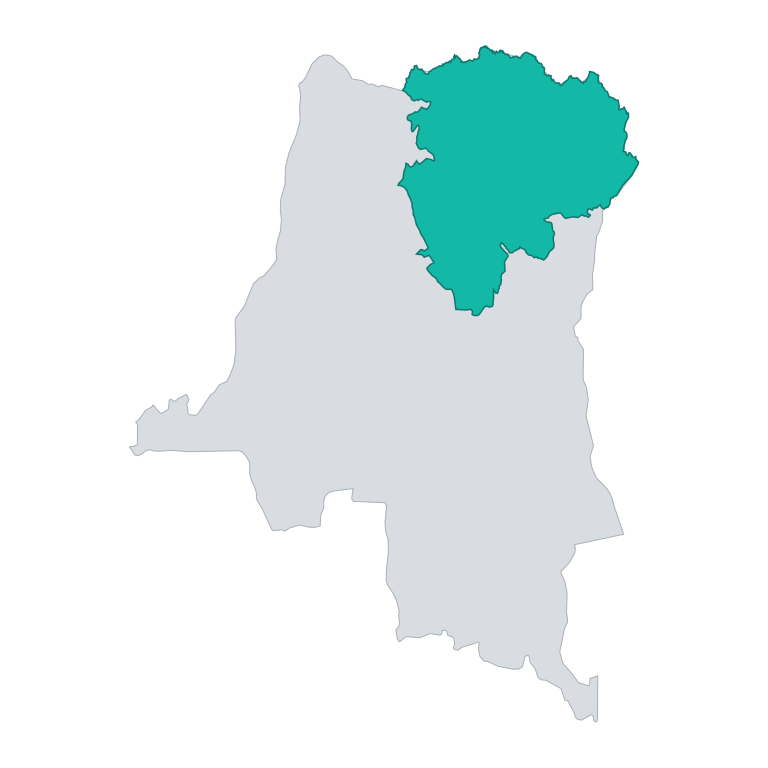 Democratic Republic of the Congo, with Orientale highlighted
{"feature_id": "COD-1559", "entity_name": "Orientale", "entity_type": "Province", "adm_level": 1, "iso_a3": "COD", "parent_name": "Democratic Republic of the Congo", "parent_adm1": "", "projection": "equal_earth", "projection_center": [26.062, 1.632], "detail": "fine", "context": "in_parent", "style": "filled", "palette": "teal", "viewbox_px": 768, "rotation_deg": 0, "n_neighbors": 0, "source": "natural_earth", "source_scale": "10m", "svg_char_len": 9518}
<svg xmlns="http://www.w3.org/2000/svg" viewBox="0 0 768 768"><path d="M623.7,534.2L574.4,544.7L575.4,548.4L574.9,552.4L573.6,555.4L568.6,563.6L561.1,571.2L561.1,572.9L564.8,581.4L567.1,592.8L566.5,613.1L567.5,618.5L567.3,622.8L564.8,627.5L559.7,651.8L563.0,663.5L572.7,674.5L578.4,682.6L587.9,685.6L589.5,685.1L590.1,678.4L597.7,675.8L597.5,718.9L597.0,721.4L595.6,721.9L593.7,720.5L593.2,716.4L591.2,714.6L581.8,720.0L579.4,719.8L576.9,718.9L575.0,716.7L574.5,713.4L567.9,700.9L564.7,700.0L561.1,688.7L546.4,680.4L540.8,679.7L537.9,677.2L535.0,668.3L530.1,662.5L529.0,656.2L528.0,655.2L525.0,656.5L522.5,666.6L519.1,669.0L513.1,669.2L498.0,666.3L487.2,661.1L484.4,661.4L480.1,656.8L478.3,649.0L479.3,643.0L478.5,642.2L462.0,647.2L458.1,650.2L454.4,649.5L453.2,647.8L454.8,643.7L454.0,639.2L452.8,637.1L447.9,635.5L446.4,630.7L443.4,630.0L442.4,630.7L441.7,634.0L439.9,635.1L430.1,633.5L419.8,637.7L406.2,636.6L399.7,641.7L398.7,641.5L397.3,638.9L396.0,630.7L396.7,628.5L398.7,626.9L399.4,623.6L398.7,615.1L399.2,613.0L398.5,608.1L396.4,600.3L393.5,594.0L387.3,584.4L386.1,579.9L386.5,569.1L388.4,552.1L388.1,539.5L385.6,531.3L385.0,522.5L386.6,506.5L384.9,502.7L353.7,501.4L352.4,500.2L351.7,498.0L353.1,488.6L334.1,490.9L328.4,492.8L324.9,496.6L323.7,501.5L323.7,508.4L320.8,514.9L320.1,526.1L314.8,527.3L309.5,527.3L299.3,525.0L289.5,528.1L284.6,531.1L282.1,529.7L273.2,530.8L272.1,530.0L261.8,508.0L257.2,500.7L256.3,497.1L256.6,493.7L255.3,489.1L250.6,477.7L249.6,472.5L249.8,464.2L249.2,461.4L244.9,454.3L242.1,451.9L239.0,450.7L187.9,451.7L170.9,450.3L158.6,451.3L152.4,450.7L150.6,449.6L145.0,451.1L142.1,454.1L137.6,455.7L134.9,455.0L129.5,446.9L136.8,445.4L137.3,444.6L137.6,424.9L135.7,422.2L139.5,418.8L145.7,410.1L151.8,407.0L152.5,405.3L153.9,405.4L156.1,409.0L161.3,413.7L167.9,409.6L168.5,408.4L169.3,400.0L171.0,399.2L173.7,401.1L175.3,401.1L178.1,398.6L186.4,394.4L188.9,399.8L186.7,404.7L187.7,408.1L187.9,413.5L189.3,414.7L195.9,415.3L197.8,414.0L210.7,394.7L214.1,392.4L219.5,384.7L226.8,381.3L229.9,375.2L234.1,364.3L235.9,348.7L235.1,321.7L235.7,318.0L244.4,305.9L253.5,283.7L259.5,277.9L264.1,275.6L271.2,267.5L276.8,259.4L276.0,249.6L277.3,241.5L280.4,231.1L281.4,220.2L280.3,208.7L280.8,199.3L285.0,184.3L285.4,167.1L289.1,152.6L296.6,134.2L300.2,120.6L299.5,107.1L300.6,97.2L300.2,91.3L298.8,86.3L299.5,83.1L302.4,81.8L305.9,76.7L312.3,63.5L319.1,57.0L323.9,55.0L328.8,55.2L332.0,56.4L337.2,61.6L343.2,65.7L347.6,70.9L352.0,78.9L362.6,80.7L367.1,83.6L369.9,84.7L371.0,83.9L373.1,84.3L378.1,86.7L382.1,85.4L401.8,90.7L404.0,88.1L409.5,74.3L413.6,69.5L420.3,69.0L425.6,71.7L428.3,71.7L452.5,59.8L455.6,59.2L464.4,62.1L470.0,60.2L472.4,60.7L477.3,58.7L481.3,50.4L484.6,48.4L519.2,57.3L524.5,52.9L527.1,52.5L534.8,55.6L537.1,60.7L541.7,65.1L545.0,72.3L550.2,76.4L552.8,80.3L555.8,82.9L562.1,83.9L570.1,77.4L575.8,78.0L581.5,81.6L583.4,81.4L587.7,77.6L589.9,73.5L592.1,72.7L595.5,74.4L598.2,78.2L600.7,83.8L609.3,96.2L617.7,101.4L619.8,109.1L622.9,108.3L624.4,109.1L626.6,113.9L628.1,114.8L628.4,116.8L626.3,121.4L624.3,130.0L626.9,135.4L624.8,143.1L623.7,151.1L626.4,153.1L629.9,153.0L633.1,157.2L635.7,157.8L638.3,162.3L637.7,165.9L629.4,179.0L617.0,195.0L612.8,196.9L610.7,199.9L609.1,204.5L605.5,208.5L602.7,210.1L602.5,221.6L598.3,233.6L596.7,236.0L594.5,255.5L594.8,258.9L592.5,274.8L592.9,289.6L586.9,294.2L582.8,301.5L581.0,306.6L581.0,318.6L574.2,326.0L573.7,327.7L575.4,336.2L577.9,337.6L577.9,340.4L583.5,349.6L583.1,377.6L583.4,380.4L586.3,387.1L588.2,399.8L586.0,415.9L593.5,445.6L590.1,456.4L591.7,466.8L596.2,477.7L606.7,488.4L609.6,492.8L612.2,498.7L614.7,508.0L623.7,534.2Z" fill="#d9dde1" stroke="#a8b0b8" stroke-width="1"/><path d="M535.8,57.0L535.6,59.1L537.4,60.9L537.7,62.4L538.8,63.1L541.1,63.5L541.9,64.8L542.3,66.8L542.7,67.2L543.6,67.0L544.1,67.6L544.5,69.1L544.3,71.2L544.6,74.1L545.6,74.4L546.7,75.6L548.4,75.8L548.8,75.0L549.2,75.5L551.1,75.8L551.0,78.3L552.0,80.5L553.4,79.6L554.5,81.9L555.5,83.0L558.8,82.9L559.7,83.8L560.3,85.4L560.9,85.6L562.1,85.1L564.0,82.3L565.6,82.1L565.9,81.0L567.8,80.0L569.3,76.4L570.1,76.3L570.9,75.6L571.6,76.5L571.8,78.0L572.5,78.3L575.4,78.2L577.0,77.7L582.7,83.4L583.3,83.3L583.9,81.6L585.5,81.6L586.5,79.4L587.8,77.8L589.2,74.5L589.6,71.5L593.9,72.5L596.5,74.7L597.3,74.5L598.7,75.5L598.2,76.7L598.4,77.9L598.1,80.9L598.5,82.3L599.2,83.1L601.0,83.2L602.3,84.4L602.5,85.2L602.1,86.7L603.8,87.7L605.3,90.7L607.4,91.9L609.2,97.1L611.4,97.4L613.2,98.1L616.4,100.3L618.2,100.3L619.2,106.5L618.7,109.5L620.0,109.8L621.6,108.8L622.7,108.8L624.1,107.2L624.6,107.7L625.0,109.8L626.5,111.3L626.3,113.1L626.6,113.9L628.1,112.8L628.5,113.7L628.5,117.4L625.7,122.7L624.1,129.5L624.4,130.8L626.1,132.5L626.8,133.9L627.0,136.8L626.4,139.2L625.6,139.8L623.9,146.2L623.9,148.8L623.2,151.5L625.7,151.9L626.1,154.0L627.5,155.6L628.3,155.1L629.1,152.9L630.1,152.9L632.1,155.6L631.9,156.5L632.4,157.1L634.0,157.4L635.7,156.6L636.0,159.6L638.5,162.0L638.2,163.8L631.7,175.5L622.5,185.5L617.0,195.0L615.8,196.1L614.0,196.3L612.9,197.9L611.7,197.4L610.6,198.7L610.0,200.8L610.0,203.6L608.1,207.0L605.3,207.9L603.8,209.0L601.7,207.6L600.2,205.0L598.7,205.8L596.7,207.9L593.5,207.9L592.7,209.8L592.3,210.1L588.6,208.7L587.7,210.1L587.2,212.3L588.1,213.8L590.1,214.7L590.3,215.5L588.3,217.3L585.7,215.9L584.2,216.2L583.2,215.2L582.0,214.8L577.9,217.5L572.6,216.8L565.7,218.4L563.7,216.9L561.2,213.4L559.7,212.9L552.5,214.3L550.1,215.5L547.9,218.1L544.1,218.8L544.2,220.1L546.5,221.9L547.5,222.2L548.5,221.9L549.6,222.5L550.7,222.4L551.3,222.9L552.0,224.2L551.8,225.5L552.3,226.3L552.5,229.8L553.1,231.1L554.0,231.6L554.5,234.1L553.6,235.8L553.2,238.9L554.1,245.4L553.6,247.8L551.4,250.2L549.6,251.3L547.4,255.9L545.9,258.0L543.6,260.0L539.9,258.3L537.8,258.3L536.9,256.9L534.2,257.7L531.9,255.6L528.5,254.9L526.1,252.5L525.5,250.6L524.0,249.1L522.8,248.9L519.9,246.8L519.5,247.2L519.7,248.3L519.5,248.8L518.4,248.7L516.0,250.5L514.5,250.7L512.4,252.7L509.8,252.9L508.9,251.8L508.6,250.4L506.2,248.4L505.6,246.5L504.8,246.2L503.5,244.4L501.5,242.8L500.3,245.1L500.4,246.4L504.2,251.0L507.1,253.7L507.8,254.9L508.1,256.2L504.5,261.6L505.0,271.2L501.5,274.4L501.0,278.5L501.5,280.1L501.0,281.7L501.0,283.5L500.6,283.8L500.6,284.8L499.2,285.9L499.2,288.6L498.0,290.0L498.2,291.3L497.8,292.7L497.1,293.3L495.6,293.0L495.5,292.4L493.5,289.7L493.6,298.2L493.1,301.3L493.1,304.4L492.2,306.4L489.1,307.1L486.7,306.1L485.0,306.7L483.8,307.9L479.2,314.6L476.8,315.6L474.3,315.5L472.3,314.6L472.0,313.9L472.5,312.4L472.5,311.3L470.7,309.3L466.2,310.0L455.9,309.4L454.3,297.0L453.6,294.1L452.0,290.1L451.0,289.3L446.3,289.3L443.4,287.3L439.4,282.9L437.9,282.0L436.3,278.5L432.3,275.6L428.0,270.7L426.9,268.9L427.0,267.9L430.3,264.6L433.7,262.9L433.6,262.1L429.9,256.3L429.0,255.4L424.2,257.2L422.2,254.8L416.5,254.1L420.6,249.7L421.5,249.6L424.9,250.9L426.0,249.6L427.6,248.9L428.0,247.3L423.7,238.4L420.9,234.0L419.3,229.8L416.4,224.7L414.9,217.9L413.2,214.5L413.3,211.0L412.2,207.3L412.1,203.6L409.9,197.6L408.5,195.1L407.2,191.0L404.9,188.0L403.4,186.8L400.1,185.4L398.1,185.3L398.7,183.5L401.9,180.2L403.0,178.5L404.0,171.2L405.9,166.3L405.7,164.0L406.0,163.3L408.0,164.2L409.2,166.3L410.7,167.1L413.4,165.8L414.1,164.9L414.1,164.0L415.1,163.8L415.4,162.2L416.3,161.9L416.5,160.9L418.6,163.6L419.6,164.1L423.1,161.6L426.3,158.6L430.7,159.5L433.6,160.9L434.4,160.5L433.8,155.7L431.6,153.4L428.4,151.2L426.7,148.7L425.4,148.3L420.5,149.4L419.2,148.7L418.2,147.4L416.2,143.4L417.0,140.6L416.8,136.7L417.7,134.5L418.0,132.4L419.1,128.7L419.0,126.0L418.2,125.3L417.1,125.8L413.3,131.3L412.1,131.6L411.3,129.2L411.7,124.1L411.4,121.9L410.6,121.0L407.9,120.0L407.2,118.4L407.6,116.5L408.6,115.2L413.2,113.4L415.3,111.9L417.1,112.2L418.2,111.7L421.7,107.2L423.6,108.4L425.2,108.5L426.4,109.5L427.0,109.3L430.1,105.0L430.8,102.0L428.1,101.4L426.5,102.2L421.2,99.1L419.1,99.7L418.2,100.5L416.8,99.5L414.7,100.8L412.9,100.4L411.3,99.1L410.6,96.2L408.9,95.7L405.5,91.9L402.5,90.3L404.9,87.4L404.9,85.5L405.7,83.6L406.8,82.5L406.2,80.4L406.3,78.5L408.9,77.9L409.1,76.3L410.0,74.4L409.8,72.9L410.7,71.8L411.5,69.5L412.0,69.3L413.3,70.0L414.4,68.0L414.1,66.7L414.5,65.9L416.6,65.5L417.7,68.5L419.9,69.9L421.7,69.0L422.8,70.7L423.9,71.7L424.3,72.7L425.7,73.7L428.3,74.3L429.2,71.8L430.7,71.2L432.9,69.1L437.5,67.2L439.0,66.0L442.5,66.1L442.6,64.3L443.3,64.8L446.3,62.4L448.0,63.1L449.5,61.1L450.5,61.2L450.8,62.1L451.8,59.5L453.8,59.1L454.6,58.3L454.5,57.8L453.6,57.3L454.5,55.2L454.9,56.6L455.4,57.1L455.6,56.0L456.2,55.7L457.6,56.4L458.7,58.2L460.0,58.6L460.3,60.1L461.8,61.1L461.4,62.1L463.4,62.5L464.4,62.1L465.0,62.5L465.8,61.6L466.6,61.8L469.5,59.9L472.6,61.3L474.1,58.9L475.0,59.4L476.7,59.2L478.8,58.4L479.9,54.5L479.0,53.7L478.8,52.9L479.6,51.4L479.8,49.8L480.7,49.0L480.3,48.4L481.2,47.6L482.2,47.8L483.5,46.7L484.1,47.3L485.1,46.8L484.8,46.2L485.1,46.1L486.1,46.1L486.6,47.3L487.2,47.3L486.9,48.1L487.3,48.4L488.0,48.1L489.1,48.8L490.5,50.6L491.2,50.7L491.5,50.3L491.1,50.0L491.8,50.1L491.8,51.0L492.4,50.8L492.7,52.6L493.3,51.7L493.9,51.8L494.9,53.5L495.0,52.7L495.3,52.3L496.2,52.5L496.6,51.4L498.0,52.7L499.1,52.4L499.4,51.8L499.8,52.0L499.7,50.8L500.3,51.0L500.8,50.3L501.5,51.2L501.9,51.0L502.2,51.5L502.6,51.0L503.0,52.4L503.3,52.2L503.3,53.0L503.9,52.7L504.6,53.9L506.7,54.3L507.0,54.7L507.7,54.2L509.1,55.8L509.7,57.4L510.7,57.9L512.3,57.2L512.5,57.4L513.3,56.7L514.1,57.2L515.8,56.2L517.0,56.2L518.9,58.2L519.5,57.7L520.4,58.2L523.0,54.1L526.0,52.3L527.1,52.4L530.4,54.4L532.1,54.8L533.1,56.0L535.8,57.0Z" fill="#14b8a6" stroke="#0f766e" stroke-width="1.5"/></svg>